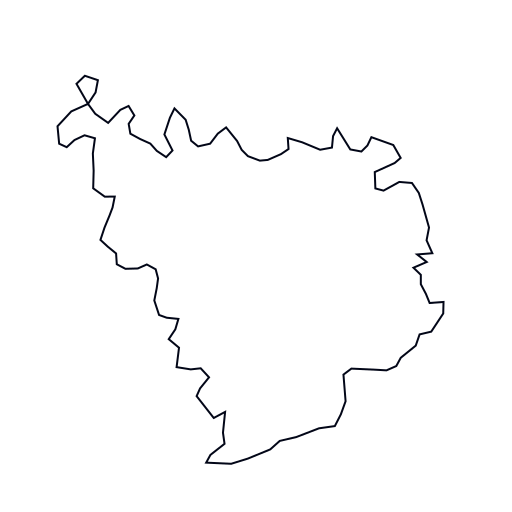 the district of Pouso Novo, Rio Grande do Sul, Brazil, rotated 172°
{"feature_id": "56859067B59341670887428", "entity_name": "Pouso Novo", "entity_type": "district", "adm_level": 2, "iso_a3": "BRA", "parent_name": "Brazil", "parent_adm1": "Rio Grande do Sul", "projection": "mercator", "projection_center": [-52.22, -29.162], "detail": "fine", "context": "isolated", "style": "outline", "palette": "ink", "viewbox_px": 512, "rotation_deg": 172, "n_neighbors": 0, "source": "geoboundaries", "source_scale": "gbopen_adm2", "svg_char_len": 1710}
<svg xmlns="http://www.w3.org/2000/svg" viewBox="0 0 512 512"><g transform="rotate(172 256 256)"><path d="M334.3,125.5L320.4,101.5L308.3,105.9L313.3,85.6L313.3,74.4L328.8,65.4L334.1,58.3L309.5,53.7L292.3,56.5L268.8,62.5L258.2,69.6L241.3,71.1L217.6,76.6L201.6,76.6L194.0,87.4L187.5,99.7L185.9,126.4L177.2,131.2L154.7,127.0L142.7,124.6L132.4,127.5L126.8,135.1L110.3,145.0L104.9,155.6L93.0,156.7L78.6,173.0L76.7,184.4L90.6,185.3L93.0,194.8L96.7,205.1L95.4,214.4L101.7,222.5L87.8,226.3L96.2,235.1L81.0,234.2L84.9,247.8L80.7,260.1L83.9,283.7L86.0,295.8L91.4,306.6L103.8,309.4L120.6,303.0L128.4,306.3L126.7,322.6L105.7,328.8L99.1,333.0L104.6,346.8L125.2,357.6L130.3,349.9L137.1,344.8L147.8,348.4L157.9,371.2L163.0,364.0L165.7,352.8L177.7,352.3L194.5,362.2L208.1,368.4L208.9,357.4L217.1,353.4L231.0,349.5L238.9,349.9L250.1,356.0L255.4,363.1L258.7,372.5L267.7,387.5L276.8,382.5L285.8,373.6L298.1,372.6L304.2,379.2L305.0,390.4L306.7,400.7L316.2,413.5L322.0,404.9L329.8,389.1L324.0,372.1L331.2,366.4L339.6,373.9L345.0,382.0L354.5,388.0L363.4,394.6L363.7,404.6L356.9,412.1L361.3,422.3L370.0,419.6L383.9,408.4L395.4,419.2L401.2,430.0L418.8,424.9L434.5,412.1L435.3,394.6L428.3,390.1L419.6,396.1L409.0,399.4L399.1,395.0L403.3,380.2L404.9,363.1L407.8,345.7L397.5,335.8L387.6,334.5L391.3,324.0L395.4,316.5L402.0,305.3L407.8,293.6L401.5,285.9L394.2,278.0L395.0,267.2L387.1,261.5L374.8,260.1L365.3,262.8L357.2,256.8L356.1,247.4L358.8,237.9L362.9,226.1L360.2,211.1L353.0,207.3L341.6,204.5L346.1,194.6L354.0,185.8L345.0,175.9L350.1,157.0L336.4,152.8L326.4,152.5L319.4,142.4L329.8,132.7L334.3,125.5ZM409.8,451.5L401.2,430.0L392.1,440.3L388.1,452.1L400.4,458.3L409.8,451.5Z" fill="none" stroke="#020617" stroke-width="2"/></g></svg>